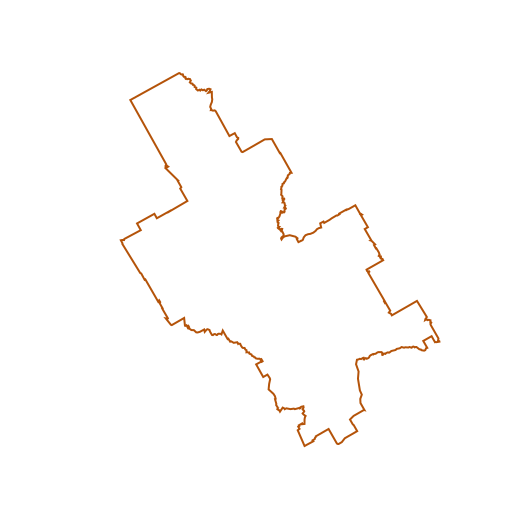 the district of Hepburn, Victoria, Australia, rotated 52°
{"feature_id": "25037944B22879671704108", "entity_name": "Hepburn", "entity_type": "district", "adm_level": 2, "iso_a3": "AUS", "parent_name": "Australia", "parent_adm1": "Victoria", "projection": "natural_earth1", "projection_center": [144.036, -37.317], "detail": "fine", "context": "isolated", "style": "outline", "palette": "amber", "viewbox_px": 512, "rotation_deg": 52, "n_neighbors": 0, "source": "geoboundaries", "source_scale": "gbopen_adm2", "svg_char_len": 6121}
<svg xmlns="http://www.w3.org/2000/svg" viewBox="0 0 512 512"><g transform="rotate(52 256 256)"><path d="M206.2,358.4L206.3,357.6L231.7,361.2L231.3,359.6L232.7,359.8L232.6,360.2L233.5,360.3L233.4,360.9L239.6,361.8L239.5,362.2L242.0,362.6L250.9,363.8L251.0,364.4L249.7,365.5L257.8,365.4L258.6,364.9L260.6,350.8L267.2,354.9L267.7,354.5L267.8,353.4L269.1,353.6L269.3,352.3L270.7,352.5L270.4,353.9L271.3,354.1L272.3,353.2L274.6,352.5L276.2,350.6L279.4,350.1L280.3,349.1L281.2,346.9L282.0,342.1L284.2,343.1L283.6,340.1L283.9,339.2L285.7,338.2L287.3,338.8L291.1,339.3L291.8,338.7L291.8,337.2L292.2,336.4L294.1,335.6L294.3,335.1L294.0,334.0L294.2,333.4L295.5,331.8L296.5,331.5L294.3,328.1L304.0,329.5L304.1,328.7L307.6,329.1L307.7,328.3L308.2,328.0L310.7,327.0L312.4,323.9L314.1,324.2L314.0,323.7L314.8,323.4L315.5,322.5L317.2,323.0L319.5,323.2L320.4,322.9L321.4,321.6L323.1,322.0L324.4,321.5L326.0,322.8L326.4,322.0L327.4,321.5L327.8,320.8L329.0,321.3L330.8,320.2L332.3,320.6L333.7,319.7L334.8,319.7L335.2,319.2L336.7,319.1L338.3,317.7L338.8,316.7L339.6,316.2L340.5,316.3L340.6,315.3L343.0,315.6L342.9,316.9L342.4,317.2L341.5,322.6L355.8,324.8L356.5,320.0L360.5,320.3L361.8,320.7L364.9,324.4L368.9,328.2L375.5,327.1L378.2,327.4L380.6,328.4L380.4,329.1L385.0,331.0L385.9,331.9L388.4,332.1L389.1,332.6L389.4,332.4L389.9,333.5L392.0,332.8L391.7,331.8L392.4,332.7L393.4,332.9L391.9,328.3L393.4,327.6L394.4,327.7L394.7,325.9L397.9,323.1L399.6,320.1L400.6,319.7L402.5,315.2L403.1,315.3L403.2,314.7L402.6,314.6L402.7,313.1L403.6,311.2L404.6,311.7L405.6,313.7L407.4,313.4L408.2,313.7L408.8,316.2L410.2,316.1L412.6,315.4L413.1,316.6L414.5,318.2L418.2,321.2L416.9,323.3L416.3,322.9L415.8,326.4L416.6,326.5L416.5,327.8L419.0,328.1L419.0,330.4L435.6,334.7L437.3,324.9L436.1,324.9L436.4,322.4L435.6,321.4L435.5,320.5L434.9,319.9L437.0,305.3L453.6,307.7L454.6,307.2L455.0,306.7L455.5,303.0L454.3,298.2L456.3,284.1L449.4,283.1L448.3,283.4L442.7,282.6L442.1,277.5L443.8,265.7L444.2,265.4L436.2,264.2L432.8,261.8L430.4,258.0L425.9,256.9L415.5,251.2L410.2,246.3L402.9,243.8L399.9,240.3L400.6,238.9L400.9,237.5L401.9,236.7L402.2,234.4L402.5,233.7L402.9,233.7L403.9,234.7L404.1,234.5L403.9,234.2L403.9,232.9L404.1,232.3L405.0,232.2L405.3,231.6L405.6,230.2L405.5,229.3L404.8,227.9L404.8,226.6L405.3,224.2L405.8,224.1L405.8,223.4L406.7,221.9L406.7,220.2L407.0,218.9L409.1,216.2L410.0,216.2L411.6,217.4L412.0,217.1L411.7,215.1L412.8,214.3L412.6,213.2L412.9,212.1L413.2,211.3L413.9,210.9L414.2,210.4L414.2,207.8L416.0,203.9L415.8,202.4L417.2,199.6L417.4,197.3L419.4,195.8L419.8,194.6L421.9,192.3L422.2,191.1L424.1,189.8L423.9,188.6L424.4,187.6L425.7,187.2L425.7,186.7L426.5,185.6L430.1,184.7L431.3,183.6L432.1,183.6L434.1,181.8L434.4,180.6L433.4,178.8L433.8,177.6L425.9,176.5L427.3,167.0L433.9,168.0L433.9,167.7L434.8,167.2L436.4,164.2L436.0,164.0L434.8,164.7L433.3,163.0L418.1,160.8L416.9,160.4L416.5,159.1L415.8,159.4L415.6,158.9L414.9,158.9L414.1,158.1L412.7,159.1L412.1,160.4L410.7,160.8L410.6,162.1L409.9,161.2L409.8,159.9L408.9,159.2L409.0,158.9L390.5,156.8L386.4,185.5L384.7,185.2L382.4,186.2L381.7,183.9L372.2,182.6L372.3,183.3L370.4,183.0L370.4,182.3L338.4,177.9L338.2,176.4L337.7,176.3L336.7,177.6L336.1,177.7L334.8,177.3L337.6,158.4L336.6,158.3L336.5,158.6L336.1,158.2L334.9,159.1L333.7,158.2L333.6,159.0L332.4,158.7L331.5,159.2L331.0,158.2L331.2,157.8L328.8,157.0L324.0,156.4L323.9,156.9L320.0,156.3L320.2,155.0L315.1,155.6L314.5,156.0L314.6,155.5L301.7,153.7L302.2,150.1L288.5,148.2L288.7,147.0L287.5,147.4L287.7,147.9L287.2,148.1L287.0,147.6L286.4,147.9L277.2,146.5L276.0,154.4L275.7,154.7L275.4,156.5L275.0,156.4L273.8,164.3L274.5,164.4L274.2,167.0L273.6,167.6L272.9,173.1L272.8,175.8L271.9,181.9L270.4,181.6L269.8,185.3L273.7,187.1L272.7,189.4L272.4,191.6L272.9,193.5L272.9,196.4L272.0,199.6L270.9,201.5L270.1,204.2L270.7,206.9L272.1,209.1L272.0,210.8L271.6,211.3L271.6,212.3L271.2,214.0L267.7,213.4L267.8,212.7L267.6,212.4L265.1,213.0L260.4,216.6L258.1,221.5L258.1,223.8L258.7,225.7L257.7,225.5L257.1,224.6L257.0,223.0L257.4,222.2L255.8,220.8L252.8,220.2L252.4,220.3L252.2,220.9L251.7,220.9L251.6,219.8L250.8,218.7L250.4,219.0L250.0,220.9L248.4,221.3L248.5,220.7L248.1,219.8L248.3,220.8L247.3,221.2L247.2,219.8L246.7,220.2L245.9,220.1L245.3,219.7L243.9,217.9L243.0,218.3L242.1,217.9L241.8,216.4L240.6,217.0L240.0,216.2L239.3,216.1L239.2,215.6L239.8,214.9L239.3,213.3L237.4,210.4L236.4,209.8L235.9,208.8L236.6,208.3L238.0,208.7L238.2,208.4L238.0,207.7L238.9,207.0L238.7,206.2L237.4,205.4L237.0,204.5L237.1,203.6L236.9,203.2L236.2,203.2L235.3,204.1L234.3,201.8L233.7,202.0L231.9,200.9L230.9,201.2L230.2,202.0L229.6,200.5L228.6,200.7L228.1,200.4L228.7,199.3L228.5,198.6L228.0,198.5L227.4,199.4L226.6,199.7L225.3,198.3L223.2,198.5L222.8,197.9L219.5,195.1L218.8,195.2L217.7,193.7L217.2,193.6L216.9,192.0L215.5,190.7L215.9,189.3L215.2,188.7L215.2,187.3L213.7,184.2L213.9,183.6L213.4,183.2L213.6,182.7L212.1,181.3L212.0,180.1L212.2,179.3L211.4,178.2L212.3,176.8L189.8,173.4L189.7,173.9L173.6,171.5L169.5,177.3L165.9,202.5L165.0,203.2L153.8,201.6L153.0,200.0L152.8,198.0L152.0,197.3L150.8,197.9L146.1,197.1L145.1,203.1L117.1,198.6L115.8,198.9L115.0,200.4L114.2,201.0L113.6,201.0L113.2,201.7L112.5,200.8L110.3,200.3L108.9,198.5L107.5,196.0L105.6,194.0L103.9,193.1L99.5,189.8L98.1,192.9L97.5,190.6L96.6,189.2L95.3,190.0L94.5,191.6L95.3,193.0L95.3,193.9L93.1,194.4L92.7,195.8L91.1,196.5L91.3,198.1L90.2,198.2L89.8,199.9L87.6,200.4L86.6,199.4L85.0,200.3L84.0,199.5L82.2,200.0L82.1,200.3L81.0,200.0L80.0,201.0L78.4,201.2L78.1,200.3L77.6,199.8L77.6,199.4L75.9,199.1L75.3,199.8L74.8,200.0L74.3,201.4L73.2,201.8L73.1,202.3L72.6,202.3L71.7,201.4L71.1,201.6L70.4,202.5L69.3,202.5L67.9,201.8L67.5,202.1L67.2,202.9L66.3,203.4L65.0,203.5L64.5,204.0L55.7,259.0L128.5,270.3L129.1,271.6L129.7,272.1L130.2,271.5L129.4,271.2L129.4,270.8L131.5,270.2L131.1,273.2L148.6,270.9L148.5,271.4L155.8,272.5L156.2,274.2L170.4,276.2L167.6,297.0L167.4,296.7L165.2,310.9L160.2,310.1L157.1,329.7L164.7,330.9L161.5,349.3L162.2,350.2L161.0,351.6L160.4,352.8L163.8,353.4L164.2,353.9L198.1,357.7L199.1,357.2L206.2,358.4Z" fill="none" stroke="#b45309" stroke-width="2"/></g></svg>